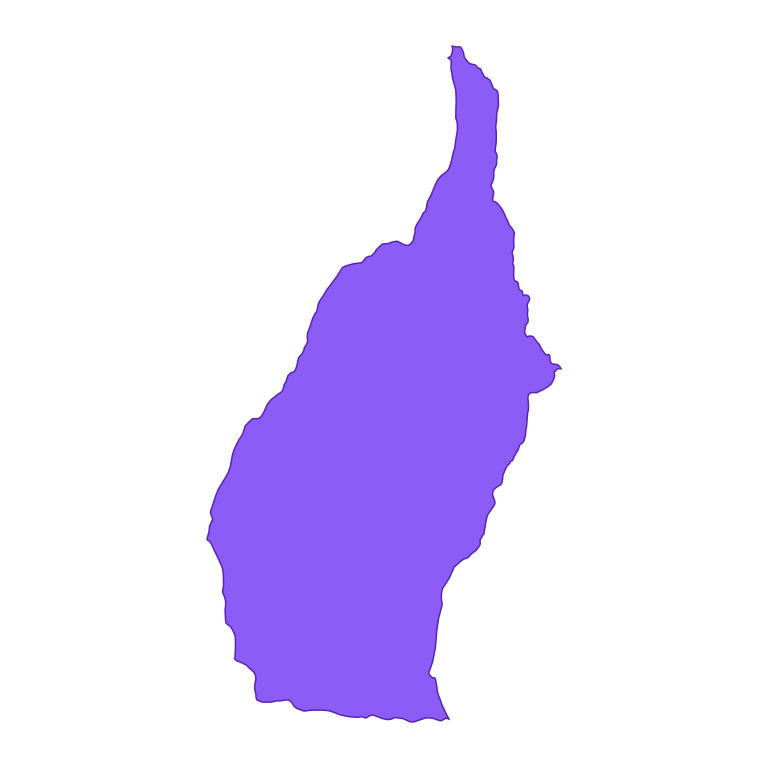 Manta, Cundinamarca, Colombia (Equal Earth projection)
{"feature_id": "7082276B33353054610225", "entity_name": "Manta", "entity_type": "district", "adm_level": 2, "iso_a3": "COL", "parent_name": "Colombia", "parent_adm1": "Cundinamarca", "projection": "equal_earth", "projection_center": [-73.55, 4.993], "detail": "fine", "context": "isolated", "style": "filled", "palette": "violet", "viewbox_px": 768, "rotation_deg": 0, "n_neighbors": 0, "source": "geoboundaries", "source_scale": "gbopen_adm2", "svg_char_len": 6086}
<svg xmlns="http://www.w3.org/2000/svg" viewBox="0 0 768 768"><path d="M513.4,230.5L511.4,227.5L509.8,226.1L507.3,220.2L505.7,217.1L504.4,213.9L503.0,210.9L501.5,208.6L499.8,206.2L497.7,203.8L496.3,202.4L493.1,201.2L492.7,200.0L492.7,199.1L492.9,197.1L493.5,194.1L493.6,192.7L493.6,191.7L492.9,190.0L491.4,187.5L491.1,186.4L491.0,185.7L491.1,184.9L492.7,181.4L493.6,178.5L493.8,177.0L493.7,173.4L493.9,170.5L494.1,169.6L495.7,166.6L496.4,164.6L496.6,163.5L496.6,160.7L496.7,159.4L497.0,158.2L497.1,156.7L497.0,155.5L496.8,154.6L495.5,151.9L495.2,150.8L495.2,149.9L496.2,142.1L496.3,139.2L496.2,131.4L495.7,126.9L496.0,123.8L496.5,120.7L496.7,113.2L498.3,106.8L498.5,104.8L498.1,94.9L497.8,92.5L497.0,90.6L495.2,89.4L494.0,89.1L492.9,87.3L491.3,83.1L489.9,80.1L488.1,78.9L487.2,78.1L485.4,77.6L484.3,76.7L481.8,72.0L480.8,69.5L479.8,68.4L478.2,68.2L476.9,66.9L475.6,65.1L469.9,63.7L468.0,62.1L465.2,58.6L464.1,56.5L463.6,53.0L462.1,49.4L460.8,47.4L459.8,46.8L458.2,46.8L456.6,47.1L452.1,46.1L452.1,46.6L452.6,47.7L452.6,50.1L452.3,52.2L451.5,54.8L450.9,56.1L450.4,56.5L448.1,58.0L451.3,60.2L451.0,66.7L451.1,69.1L451.6,71.5L452.5,77.8L453.5,81.9L454.9,86.4L455.7,89.9L456.0,93.9L456.2,100.9L455.9,110.4L455.8,117.1L456.0,118.7L457.2,122.4L457.4,126.5L457.4,130.3L455.4,142.5L454.7,148.5L453.7,150.9L450.7,163.7L449.7,166.7L447.8,170.4L445.3,172.7L443.8,173.7L440.8,176.1L437.6,180.2L436.5,182.2L434.8,185.9L430.7,195.9L429.6,198.0L427.7,201.3L427.1,203.5L426.5,207.6L425.6,210.6L424.9,211.7L424.2,212.2L423.2,213.0L422.5,214.8L420.1,219.3L416.8,224.4L415.7,226.8L415.2,228.4L415.0,233.1L414.0,236.3L413.7,238.3L413.0,240.9L410.7,243.8L408.5,245.3L406.1,245.3L403.0,244.2L398.0,241.5L397.1,241.3L396.1,241.3L392.0,242.1L388.7,243.4L382.4,244.1L380.2,246.0L376.3,249.8L374.6,252.8L371.0,256.1L368.2,256.5L365.7,257.9L362.8,261.7L360.7,263.1L358.6,263.0L356.2,263.5L355.0,263.5L351.0,264.4L345.0,266.3L342.8,267.3L342.1,268.2L340.4,270.7L337.1,276.1L331.8,283.3L326.6,290.0L326.3,290.7L323.0,296.1L320.6,299.6L319.0,302.2L318.2,304.5L317.1,310.0L316.4,312.0L315.1,313.5L312.8,318.1L309.7,327.6L307.7,332.5L307.3,335.5L307.3,337.5L307.7,341.3L306.1,345.2L304.4,347.6L303.8,350.4L302.2,353.6L298.6,357.7L297.9,360.6L297.1,364.6L295.9,368.6L294.8,370.9L293.0,372.3L290.9,372.7L287.8,375.9L286.1,381.3L284.1,384.8L283.5,387.8L282.4,390.9L280.5,392.6L276.9,395.0L273.5,397.9L271.7,399.1L268.0,403.2L265.7,407.8L264.0,411.9L260.9,416.8L259.2,418.3L256.4,418.8L252.9,418.6L249.7,421.2L245.6,425.5L244.7,427.5L243.6,431.3L242.6,434.1L240.9,437.0L239.0,439.7L235.6,446.4L233.8,450.5L232.5,454.6L230.2,467.1L228.3,472.3L225.5,477.5L221.4,484.1L218.3,489.4L215.9,495.3L211.8,507.8L210.6,510.9L210.5,513.2L212.7,519.2L210.3,524.3L209.4,526.9L209.3,529.7L208.6,533.2L207.0,538.9L207.7,540.4L209.3,541.0L210.3,542.2L212.6,546.3L214.1,550.0L216.9,555.6L221.8,566.2L222.8,570.0L223.3,573.7L223.5,580.1L223.5,586.0L222.8,589.6L222.6,591.5L223.0,593.5L223.9,595.2L225.4,599.8L225.7,604.6L225.1,609.6L225.4,617.4L225.8,621.7L226.1,623.1L227.2,624.3L228.3,624.9L230.0,626.2L231.0,627.2L233.2,631.2L234.7,634.6L235.3,637.4L235.5,640.6L235.4,650.0L235.1,653.1L235.2,655.7L234.8,658.0L234.8,659.1L235.6,660.0L236.9,660.9L239.1,661.6L246.3,665.0L249.5,668.2L252.5,670.9L254.1,672.6L255.7,675.9L255.8,679.5L254.9,683.9L254.8,689.9L255.9,694.2L256.1,697.9L257.3,700.3L262.6,702.1L271.1,702.1L276.6,700.9L280.8,700.8L286.7,699.9L288.9,700.2L290.4,701.1L292.2,703.2L294.1,706.3L296.7,708.4L303.8,711.0L306.2,710.9L309.4,710.3L313.8,710.1L323.7,710.1L328.8,710.7L334.2,712.4L339.0,714.5L346.3,716.2L350.5,716.8L358.0,717.3L361.9,716.6L364.8,717.8L366.5,717.8L370.6,715.2L373.6,715.2L381.8,718.3L387.2,719.6L391.1,719.2L394.6,717.7L396.8,717.7L402.8,718.6L405.9,719.9L410.0,721.8L413.8,721.9L425.7,717.9L430.8,718.0L433.0,718.3L440.2,720.8L442.3,720.3L444.6,718.9L446.4,718.0L448.4,718.8L449.3,719.8L444.7,710.9L442.2,705.4L439.6,698.1L438.7,695.9L437.3,691.4L436.8,686.6L435.7,680.4L435.3,678.7L434.6,677.9L433.3,677.8L431.6,677.2L430.2,675.8L429.1,673.8L428.9,672.0L430.9,666.9L432.5,662.0L435.1,649.3L435.9,642.1L436.7,631.0L438.5,618.7L442.0,605.3L442.0,603.3L441.4,598.8L441.3,595.6L441.9,591.0L442.6,588.5L443.2,587.2L445.8,583.6L448.9,578.6L450.9,574.6L454.2,566.9L455.5,566.0L458.2,563.3L460.5,561.4L463.2,559.5L465.0,558.6L467.7,557.9L471.5,553.8L474.4,551.5L475.6,550.7L476.5,550.0L478.3,547.3L479.0,546.5L479.6,545.5L480.2,543.8L480.1,540.9L480.2,539.7L484.0,533.4L486.0,521.0L487.3,515.6L488.1,514.2L490.8,510.2L493.2,506.9L494.8,504.0L495.0,502.1L494.3,499.7L492.5,494.7L492.8,491.9L493.5,489.9L496.3,487.4L500.7,484.7L501.8,483.3L502.6,479.0L502.8,475.7L504.9,470.4L507.0,466.1L509.7,463.3L510.4,461.6L511.0,461.0L512.0,460.9L512.6,460.2L514.5,456.0L516.3,452.5L518.0,450.4L519.3,446.0L520.0,444.7L520.8,443.9L522.4,443.1L523.3,441.7L524.0,440.9L525.3,435.8L526.1,428.4L526.6,426.0L527.6,412.9L528.2,410.7L528.4,408.9L528.5,406.6L528.2,401.3L527.9,398.9L528.0,396.6L528.6,394.5L529.6,393.4L530.2,393.0L531.7,392.6L536.7,392.7L543.5,389.4L547.7,386.8L551.2,384.0L553.4,379.9L554.6,376.0L554.5,374.1L553.9,372.8L554.2,372.1L555.1,371.5L556.4,369.8L557.5,368.9L558.4,368.7L561.0,368.8L560.3,367.3L558.6,365.6L557.0,364.5L552.6,364.0L551.7,363.5L550.6,362.1L550.1,359.8L549.8,356.3L549.5,355.0L548.5,354.5L547.7,354.6L546.4,355.0L545.1,354.0L541.4,348.9L539.2,344.4L536.2,340.9L533.4,337.0L531.7,336.1L528.8,336.1L527.7,336.5L527.0,337.0L526.0,335.2L524.9,333.8L524.6,332.2L524.8,330.6L525.1,329.0L525.2,327.7L525.9,324.9L526.7,323.7L527.8,322.4L528.1,320.9L528.2,319.7L527.4,315.2L527.5,313.0L527.8,309.7L527.1,305.7L527.3,304.5L527.9,302.9L529.0,300.8L529.6,299.3L529.4,298.0L528.9,296.5L527.6,295.4L524.7,295.1L523.5,295.4L522.9,294.5L522.4,291.8L521.9,290.9L521.0,290.4L519.7,289.9L519.0,289.1L518.1,283.2L517.6,282.2L517.1,281.8L515.8,281.4L514.5,280.1L513.8,278.6L513.6,272.3L513.9,269.1L513.7,266.4L512.6,263.3L513.3,260.3L513.4,258.6L512.9,255.8L512.2,253.6L512.1,252.3L512.8,250.4L513.9,248.0L513.7,240.5L513.9,236.7L514.4,232.8L513.4,230.5Z" fill="#8b5cf6" stroke="#5b21b6" stroke-width="1.5"/></svg>